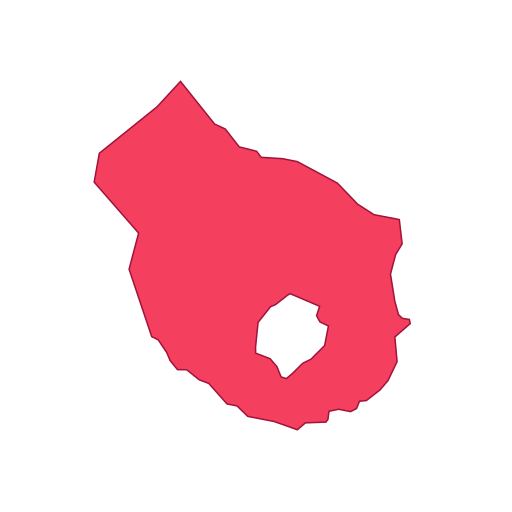 the district of Tahoua, Tahoua, Niger, rotated 50°
{"feature_id": "23599985B71026362524800", "entity_name": "Tahoua", "entity_type": "district", "adm_level": 2, "iso_a3": "NER", "parent_name": "Niger", "parent_adm1": "Tahoua", "projection": "robinson", "projection_center": [5.148, 14.985], "detail": "fine", "context": "isolated", "style": "filled", "palette": "rose", "viewbox_px": 512, "rotation_deg": 50, "n_neighbors": 0, "source": "geoboundaries", "source_scale": "gbopen_adm2", "svg_char_len": 1042}
<svg xmlns="http://www.w3.org/2000/svg" viewBox="0 0 512 512"><g transform="rotate(50 256 256)"><path d="M257.4,384.8L272.8,386.5L280.8,389.0L292.6,389.2L298.6,382.2L314.3,379.1L323.3,374.1L350.7,373.3L358.7,366.9L373.6,365.4L394.3,348.6L415.7,336.0L415.6,325.4L428.2,309.2L427.4,305.9L421.9,299.9L426.5,291.2L436.0,283.6L437.5,277.1L433.8,270.1L437.7,264.3L438.3,247.1L436.3,235.0L427.6,215.8L407.3,201.7L406.9,181.3L403.2,179.3L397.8,184.0L392.5,184.5L380.0,178.8L356.3,164.6L344.7,148.2L340.6,136.2L320.2,122.8L300.1,139.1L281.7,144.8L252.5,146.8L210.2,163.7L198.5,173.1L183.7,188.6L176.2,188.2L161.6,198.7L139.0,197.9L128.3,202.9L73.7,201.6L78.1,235.7L76.6,310.0L88.3,324.0L95.4,332.5L163.0,331.2L184.5,361.7L250.7,387.7L257.4,384.8ZM340.7,248.0L347.5,249.4L356.2,245.5L368.7,261.0L370.4,280.2L368.2,289.1L369.4,303.5L369.4,311.5L364.8,314.5L354.2,311.1L343.8,311.2L330.2,318.7L325.5,314.9L308.2,297.1L304.2,277.4L305.8,272.2L306.3,257.2L306.8,254.1L335.4,239.6L340.7,248.0Z" fill="#f43f5e" stroke="#9f1239" stroke-width="1.5"/></g></svg>